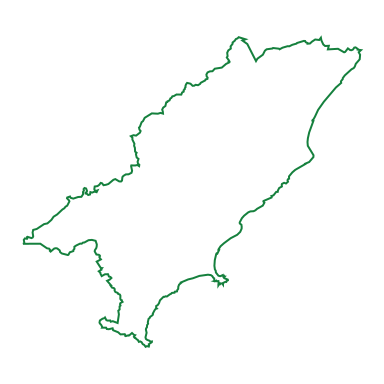 Kaikoura District, Canterbury, New Zealand (Robinson projection)
{"feature_id": "76426892B84594849147158", "entity_name": "Kaikoura District", "entity_type": "district", "adm_level": 2, "iso_a3": "NZL", "parent_name": "New Zealand", "parent_adm1": "Canterbury", "projection": "robinson", "projection_center": [173.63, -42.236], "detail": "fine", "context": "isolated", "style": "outline", "palette": "green", "viewbox_px": 384, "rotation_deg": 0, "n_neighbors": 0, "source": "geoboundaries", "source_scale": "gbopen_adm2", "svg_char_len": 5907}
<svg xmlns="http://www.w3.org/2000/svg" viewBox="0 0 384 384"><path d="M47.0,248.3L49.2,248.7L50.0,249.8L49.8,250.8L50.6,251.6L54.3,248.5L56.0,248.2L57.3,248.5L59.7,250.4L60.2,252.2L61.9,253.5L67.8,255.0L68.4,254.8L69.8,252.3L73.3,251.1L73.5,249.8L74.4,248.8L74.4,246.7L76.4,245.4L80.1,243.6L81.7,243.7L83.0,242.6L84.4,242.5L88.5,240.2L91.9,239.9L95.6,240.8L96.8,244.4L96.7,246.3L96.3,248.0L94.9,250.2L94.7,251.4L96.4,254.5L98.8,254.8L99.8,255.5L100.0,256.0L99.4,256.8L99.5,257.6L100.9,259.4L96.7,261.6L100.8,268.0L102.0,268.1L101.1,269.2L101.4,269.7L98.8,271.3L100.4,272.8L100.4,273.6L101.7,276.1L104.9,274.3L108.0,274.2L108.9,276.5L110.5,277.0L111.4,278.0L109.7,279.6L107.1,280.8L111.1,285.4L110.6,285.6L112.0,287.6L113.9,288.1L114.7,289.1L114.6,290.6L115.4,292.0L117.7,292.9L117.9,293.7L119.9,294.6L120.4,295.7L120.3,298.9L121.0,300.0L121.8,300.2L122.1,301.5L122.5,301.9L120.4,303.1L120.0,304.1L120.5,305.6L119.6,306.4L119.6,309.5L118.3,310.7L118.9,314.4L117.6,323.0L112.8,321.2L110.7,321.7L110.2,320.5L107.7,320.6L106.4,320.2L105.0,317.5L104.5,318.1L102.5,318.7L99.9,320.5L99.5,322.5L99.8,323.4L101.2,324.9L102.4,327.4L102.2,327.7L106.1,327.7L106.8,329.0L108.8,329.2L112.6,328.3L113.1,330.2L118.2,332.3L120.5,334.4L124.8,334.2L125.4,335.2L125.2,335.8L125.7,336.1L128.4,335.3L129.5,336.0L129.1,335.5L132.0,333.0L134.1,335.0L135.1,335.2L133.9,336.8L134.7,337.9L135.5,338.0L136.6,339.3L137.7,339.8L138.9,341.9L140.1,341.4L141.5,342.1L142.8,344.2L144.2,344.9L145.6,346.8L147.0,346.1L148.8,346.6L149.1,345.5L148.8,344.2L151.8,342.2L151.9,341.5L150.4,341.7L149.6,340.8L147.2,339.9L145.9,338.9L145.5,337.3L146.6,332.8L145.9,329.6L146.1,328.4L146.9,327.4L147.1,325.1L148.1,323.7L147.8,322.3L148.6,318.8L149.8,317.8L150.1,316.9L152.6,315.1L153.0,314.0L152.8,313.6L154.6,310.2L155.6,308.9L156.8,308.5L156.1,307.8L156.2,306.0L157.8,305.0L159.0,303.2L160.0,300.3L163.5,296.8L164.4,296.9L165.5,296.3L166.9,296.5L169.9,294.3L170.8,294.0L171.9,292.9L174.5,292.7L174.8,291.7L177.0,291.4L177.3,290.0L178.2,288.9L178.3,286.7L179.1,284.6L181.6,282.5L181.3,282.3L188.2,279.4L192.8,278.3L199.4,275.9L208.0,274.7L210.8,275.1L212.3,276.1L213.2,277.6L214.2,278.4L214.3,280.1L214.9,281.0L214.2,281.2L214.9,281.4L216.4,280.6L216.9,281.3L218.4,281.1L218.6,282.7L219.2,283.1L218.4,284.0L218.4,285.3L218.9,284.5L220.0,284.3L220.3,283.3L222.3,283.6L223.0,284.6L223.0,283.0L225.7,281.7L226.3,281.9L226.9,280.7L227.9,280.3L227.8,279.6L224.3,278.2L223.7,277.5L224.7,276.5L223.9,276.4L223.9,275.7L222.7,275.8L222.7,275.1L220.2,276.2L218.4,275.7L215.9,272.5L215.7,270.7L214.9,269.4L214.4,265.8L214.8,260.1L216.2,254.1L216.6,253.4L217.3,253.7L219.1,250.0L218.4,249.8L218.6,249.2L220.6,246.2L224.0,243.2L230.7,238.2L237.2,234.8L240.2,231.9L241.6,228.7L241.7,226.8L241.4,224.7L239.8,223.5L239.7,222.4L241.9,218.2L244.1,215.7L248.3,212.3L250.4,211.4L253.6,211.2L255.4,210.3L257.1,208.8L262.8,205.6L264.4,202.7L263.4,201.6L263.5,201.0L271.6,197.5L271.9,196.3L271.6,196.0L273.5,195.3L276.2,191.9L277.7,191.9L278.0,190.3L279.2,188.0L281.9,186.5L281.7,184.9L282.0,183.9L284.1,182.8L286.0,183.5L288.0,181.7L287.5,180.2L288.0,179.2L289.1,178.7L289.0,176.4L292.3,172.4L295.3,169.8L305.4,164.0L305.2,163.7L309.2,162.0L313.4,157.1L313.5,155.2L307.8,145.8L307.5,142.0L307.9,138.2L309.2,132.4L313.4,120.9L312.4,120.6L312.7,119.9L313.3,119.6L314.9,116.8L318.1,109.9L323.8,101.8L335.9,87.5L341.2,82.9L340.9,81.7L341.2,80.9L342.7,79.2L342.8,78.1L344.8,75.4L351.5,69.3L353.7,68.1L354.8,66.6L355.8,63.8L359.7,59.3L360.1,54.8L358.7,52.2L361.0,50.1L357.6,49.6L357.7,48.9L355.6,47.4L354.3,47.6L353.0,49.5L351.6,50.2L350.2,50.1L347.9,48.4L345.2,51.9L344.1,52.3L338.0,48.8L327.9,49.4L328.8,45.8L325.1,46.0L323.3,44.5L321.4,40.4L320.9,37.7L319.2,40.0L315.2,39.5L311.9,41.7L310.0,43.5L307.5,43.7L307.5,43.0L305.7,42.2L305.1,41.0L303.9,40.9L297.0,43.0L296.5,43.6L292.3,44.8L289.3,46.3L287.6,46.2L282.5,47.7L279.6,49.3L279.0,48.7L273.0,48.0L272.5,48.5L266.6,49.3L264.9,50.7L262.9,54.7L257.4,58.7L256.0,61.1L247.3,44.0L242.4,40.5L245.5,39.3L238.7,37.2L237.5,38.4L235.8,39.1L234.8,40.7L232.6,42.5L232.6,43.8L230.6,46.4L230.8,48.6L228.3,50.4L227.2,52.8L227.6,56.1L226.8,57.5L228.9,60.4L228.6,61.3L229.5,61.6L229.4,62.3L226.1,63.9L221.8,67.6L214.8,68.7L212.5,71.2L209.8,71.4L207.6,72.4L206.4,74.5L206.7,76.5L207.6,77.6L207.4,78.9L205.6,79.4L205.2,80.4L200.7,82.8L200.1,83.9L198.0,85.2L195.6,84.8L194.2,85.7L192.6,85.8L190.5,83.7L187.1,82.9L186.0,84.4L185.4,86.2L185.6,87.0L184.7,88.4L184.8,89.1L183.6,90.3L183.7,91.6L182.1,92.5L181.3,94.6L176.5,94.5L173.8,96.1L172.4,96.3L171.3,98.0L170.4,98.4L169.5,100.4L167.4,101.4L167.3,102.1L166.2,102.4L165.4,106.0L163.2,107.6L162.2,109.6L162.8,111.5L163.0,113.6L160.5,112.9L157.9,113.7L151.8,113.4L144.7,117.8L143.0,121.1L141.6,122.2L139.9,126.7L139.0,127.6L139.5,129.7L140.6,131.0L139.9,132.7L136.1,135.6L133.5,135.2L130.9,136.2L132.4,137.6L132.4,139.6L134.4,143.7L134.1,145.8L134.9,147.8L135.1,151.6L136.6,152.8L135.9,154.0L136.7,157.5L138.5,158.9L137.6,161.8L138.0,163.6L139.3,164.8L139.1,166.1L137.4,165.0L135.1,165.5L131.3,165.4L131.1,166.1L132.1,170.8L131.5,172.8L128.6,174.3L125.8,174.4L123.4,175.9L122.4,177.1L122.0,180.6L121.0,181.5L119.2,181.4L115.3,179.1L113.4,179.8L108.4,184.0L105.9,184.8L103.5,185.2L102.1,183.3L100.7,182.9L99.3,184.8L97.5,186.1L94.7,186.5L94.3,189.2L95.0,190.5L96.0,190.9L97.5,190.4L96.6,192.2L94.6,191.6L92.1,192.6L90.4,192.1L90.0,194.5L88.2,195.0L87.0,193.9L85.6,193.5L85.5,192.8L86.8,191.8L87.0,190.9L86.1,188.5L84.5,188.0L83.6,189.1L83.9,190.6L83.0,192.0L83.1,194.2L81.4,196.8L78.1,197.0L73.3,198.6L70.6,197.8L70.0,196.5L67.2,197.5L67.0,198.3L69.1,200.5L69.4,201.4L67.2,205.7L65.5,206.7L64.3,208.3L62.4,209.5L57.1,214.5L53.6,216.7L51.4,219.9L47.4,223.4L44.1,224.1L36.7,229.0L33.2,229.9L32.6,232.5L33.2,236.3L32.7,237.5L31.5,238.1L27.4,236.8L27.0,237.1L27.3,238.2L27.0,238.8L24.9,238.4L23.8,239.9L24.4,243.2L23.0,243.8L40.3,243.7L47.0,248.3Z" fill="none" stroke="#15803d" stroke-width="2"/></svg>